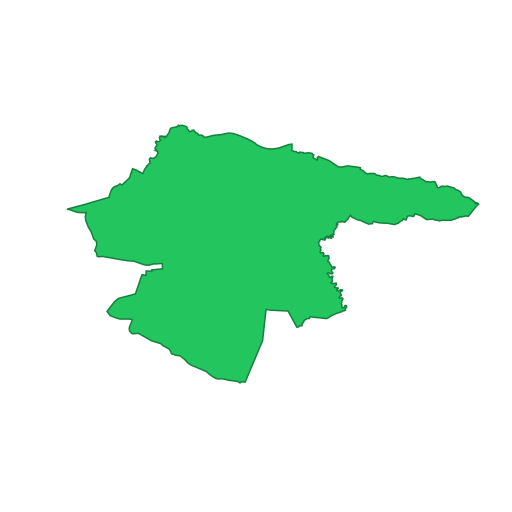 Chaloem Phra Kiat, Nakhon Ratchasima, Thailand (Robinson projection), rotated 109°
{"feature_id": "78962969B71200223173278", "entity_name": "Chaloem Phra Kiat", "entity_type": "district", "adm_level": 2, "iso_a3": "THA", "parent_name": "Thailand", "parent_adm1": "Nakhon Ratchasima", "projection": "robinson", "projection_center": [102.265, 14.994], "detail": "fine", "context": "isolated", "style": "filled", "palette": "green", "viewbox_px": 512, "rotation_deg": 109, "n_neighbors": 0, "source": "geoboundaries", "source_scale": "gbopen_adm2", "svg_char_len": 6134}
<svg xmlns="http://www.w3.org/2000/svg" viewBox="0 0 512 512"><g transform="rotate(109 256 256)"><path d="M278.2,153.8L277.1,154.4L274.7,153.6L273.6,154.5L273.9,155.7L275.8,156.1L276.7,156.8L276.8,157.8L276.5,158.2L274.8,158.6L273.1,159.8L272.1,159.7L270.9,160.4L269.0,159.8L267.8,160.1L267.7,161.2L268.6,162.9L268.5,163.5L268.1,163.9L267.2,163.7L265.5,162.4L264.9,162.6L263.8,164.1L263.3,164.3L262.0,164.3L260.7,162.9L260.0,163.1L259.9,163.8L260.7,165.4L262.5,166.9L262.5,167.9L261.6,168.7L260.1,167.7L259.5,167.9L260.1,170.1L260.0,171.6L259.3,171.7L256.9,170.7L255.6,171.1L255.8,172.0L257.4,175.0L257.0,176.2L256.1,176.3L255.5,175.6L254.7,175.5L253.2,176.7L250.2,176.8L250.3,177.6L251.8,178.6L252.2,179.8L250.3,181.0L249.6,182.9L248.8,182.8L248.1,181.8L248.6,179.4L247.6,177.7L247.0,177.8L246.5,178.7L245.4,179.7L243.9,180.2L242.3,177.7L240.9,177.5L240.8,178.7L241.8,180.0L241.8,180.7L240.5,181.9L239.8,183.2L238.1,184.5L238.0,186.2L237.6,186.4L234.9,186.2L233.0,186.7L232.2,187.4L232.2,188.4L233.1,189.2L233.0,190.6L234.2,191.6L234.3,192.1L233.8,192.6L232.1,192.5L231.1,193.1L231.1,194.3L232.0,195.8L231.8,196.6L231.1,196.8L229.5,196.4L228.3,197.5L226.9,197.3L226.0,198.0L226.0,199.0L225.4,199.7L222.9,201.3L221.4,200.6L220.8,200.9L218.7,200.0L218.8,197.8L218.0,197.1L218.6,196.6L218.5,196.2L216.9,196.9L216.7,196.5L217.2,195.9L216.3,195.8L215.6,196.4L215.3,196.0L215.7,195.3L215.6,194.9L214.5,195.1L215.1,193.6L213.9,194.0L214.1,193.3L213.4,192.8L213.7,192.4L214.8,192.0L214.7,191.7L214.1,192.1L213.8,191.7L214.9,190.8L214.8,190.5L213.7,191.2L212.8,191.3L212.1,192.1L211.7,191.9L211.6,191.1L212.5,190.6L213.1,189.5L212.9,189.3L210.9,190.4L210.5,190.3L210.5,189.7L210.1,189.3L209.7,189.8L206.3,190.6L204.8,189.8L203.9,189.9L203.1,189.1L201.0,189.3L200.5,190.1L200.1,189.8L200.2,189.2L199.5,189.0L199.2,190.4L198.8,190.3L198.8,189.4L198.1,189.6L197.0,189.3L196.5,188.1L196.4,186.9L195.4,186.5L195.2,183.0L194.2,182.9L193.4,182.2L190.5,180.8L189.7,181.0L186.8,179.9L188.2,177.7L188.2,175.4L188.6,173.6L188.7,170.5L188.3,168.3L188.8,165.8L188.6,164.4L189.0,163.5L189.1,159.4L188.2,158.4L187.7,156.6L185.1,156.3L184.7,151.1L183.2,145.3L182.4,143.3L181.2,135.2L179.5,133.4L178.8,132.1L177.6,131.6L174.7,129.3L173.2,128.9L173.1,125.9L168.9,125.6L167.9,123.7L167.4,120.0L166.6,119.6L164.6,119.7L164.3,119.4L164.2,114.2L164.6,111.8L165.8,107.8L165.9,106.1L163.5,100.8L163.7,98.5L163.1,95.6L163.1,94.0L161.1,90.7L160.1,86.8L158.3,82.6L155.4,78.9L154.6,78.6L154.3,77.4L153.1,76.6L152.7,76.7L152.3,74.5L149.9,70.9L149.3,68.1L137.3,63.9L133.9,62.1L134.5,62.9L133.9,63.8L133.9,65.2L134.6,64.8L134.9,65.1L134.4,66.5L133.5,67.2L132.7,69.5L132.2,71.8L131.8,72.4L131.6,74.9L132.5,78.0L131.9,78.8L131.7,80.1L130.7,81.7L128.8,83.6L128.1,85.7L128.2,88.5L127.2,90.9L127.6,96.3L127.4,97.4L128.7,100.0L129.4,103.0L130.2,103.9L131.0,104.3L132.1,105.6L132.2,106.5L131.2,107.9L130.5,107.9L127.5,111.0L128.2,113.3L129.3,115.0L129.8,117.9L130.7,119.3L130.2,120.1L128.9,125.9L128.1,126.9L131.4,132.3L131.6,133.3L132.6,134.3L133.4,136.8L134.2,137.2L134.5,142.0L136.0,146.5L136.2,151.2L136.6,153.0L138.0,155.5L137.6,159.2L137.9,160.2L139.4,162.0L139.9,163.3L139.7,165.8L140.3,168.2L139.6,170.1L139.5,171.2L140.9,175.3L142.2,177.5L141.8,179.4L140.5,182.7L140.1,185.6L138.5,186.1L139.0,189.5L140.7,197.3L140.7,198.2L144.2,204.4L144.9,206.9L142.0,218.2L141.6,229.5L143.0,230.1L144.0,229.4L145.5,229.4L144.4,234.2L141.7,234.2L141.6,235.2L140.7,236.5L141.3,240.0L143.2,243.9L142.9,245.2L143.5,248.5L144.6,248.8L144.7,250.8L144.3,251.5L144.8,256.3L138.5,258.4L139.9,261.3L146.6,269.7L149.4,275.1L150.8,279.8L151.2,283.7L151.1,288.2L150.6,291.4L149.6,293.6L148.9,296.6L148.1,301.7L147.5,311.3L147.6,317.4L148.5,321.4L149.3,323.1L152.5,328.3L155.8,335.6L159.5,341.1L160.4,343.3L160.5,344.0L159.4,345.6L159.7,347.8L160.2,348.7L160.2,350.0L159.1,351.0L159.2,352.9L158.5,353.6L158.5,354.4L157.3,355.6L157.9,357.4L159.2,357.6L160.1,359.6L158.8,360.9L158.2,362.5L156.9,363.0L156.3,364.3L156.4,368.2L157.1,369.7L158.0,370.7L157.5,371.7L159.7,373.0L161.7,376.6L163.0,378.2L164.4,378.6L167.7,378.4L171.5,379.4L172.7,380.2L172.4,380.9L172.6,381.2L173.1,380.3L173.5,380.3L173.7,380.8L173.2,381.2L173.2,382.5L173.0,382.9L173.5,383.3L173.2,384.1L173.8,384.4L173.8,385.7L175.3,385.9L176.7,385.2L177.8,383.9L179.5,385.0L179.9,385.9L179.7,387.6L180.6,388.2L181.6,387.8L182.5,386.4L183.1,386.0L184.6,386.0L186.6,386.6L187.5,386.4L188.2,384.6L188.6,384.6L189.0,385.1L188.8,383.8L189.3,383.6L189.5,382.8L190.9,382.2L195.0,382.9L196.8,384.6L197.4,385.7L197.4,387.5L198.8,388.4L200.0,388.0L200.4,387.4L201.6,387.1L202.5,386.2L204.4,387.7L205.9,387.9L206.2,388.6L206.7,388.8L207.2,388.6L209.7,389.4L215.0,390.0L213.8,396.4L213.6,401.1L219.5,401.2L222.2,400.9L223.6,401.2L232.5,405.9L232.0,408.1L234.5,409.7L236.5,412.4L238.9,413.8L241.4,414.3L248.1,414.3L248.3,414.0L263.1,434.9L273.2,449.9L272.9,447.4L273.0,441.1L272.6,437.9L271.3,433.4L270.2,430.8L274.4,430.2L277.8,428.6L283.2,424.0L286.6,419.9L292.6,415.1L294.3,411.5L297.9,410.1L303.6,410.2L304.8,408.0L308.1,406.0L307.8,404.0L306.5,401.3L306.1,399.4L303.5,382.4L302.3,376.8L302.5,376.5L300.7,370.1L300.7,358.8L300.4,357.1L299.6,354.1L299.1,353.8L296.5,349.7L296.1,348.0L293.6,342.3L298.5,340.1L303.0,350.0L304.1,349.4L306.0,355.0L310.2,353.7L310.7,357.7L330.9,357.7L332.9,360.2L340.2,371.3L341.2,372.4L343.0,373.6L345.2,374.9L356.9,378.8L359.3,375.4L360.0,373.2L360.1,367.6L359.9,364.0L356.9,355.4L356.4,352.9L357.0,352.2L364.2,352.5L365.9,352.3L368.1,351.1L369.7,348.2L369.7,347.3L367.4,341.9L370.2,327.2L369.9,317.5L371.1,314.7L372.3,307.7L373.3,306.4L375.7,304.3L376.0,303.5L375.9,298.5L375.2,296.1L375.2,295.1L377.0,289.9L379.2,285.8L380.2,282.8L381.5,265.0L382.8,262.2L384.5,256.4L384.8,254.0L384.7,252.2L383.0,247.5L382.3,240.8L380.8,234.1L380.6,232.2L381.2,229.8L379.6,228.7L378.8,225.2L333.9,222.2L303.3,229.1L302.5,224.6L297.6,207.8L310.0,194.2L309.3,192.7L308.5,192.4L307.3,191.2L307.1,189.9L304.2,190.2L303.7,189.6L300.9,189.3L298.8,187.4L297.6,185.2L295.9,185.1L292.2,168.9L291.4,167.9L288.7,166.0L284.5,161.7L280.7,156.7L279.6,156.1L279.3,155.0L278.2,153.8Z" fill="#22c55e" stroke="#15803d" stroke-width="1.5"/></g></svg>